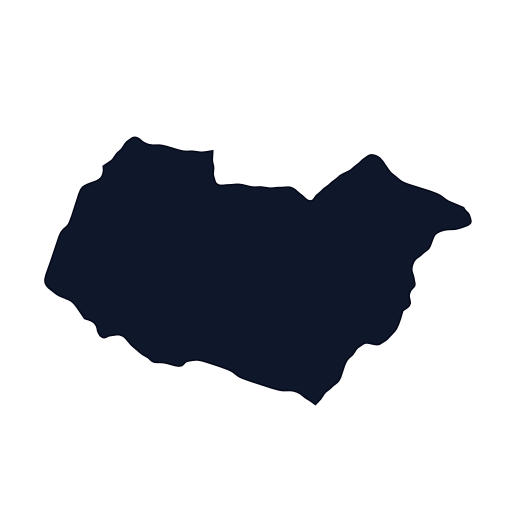 El Cercado, San Juan, Dominican Republic (Equal Earth projection), rotated 288°
{"feature_id": "3306468B41168482841480", "entity_name": "El Cercado", "entity_type": "district", "adm_level": 2, "iso_a3": "DOM", "parent_name": "Dominican Republic", "parent_adm1": "San Juan", "projection": "equal_earth", "projection_center": [-71.477, 18.706], "detail": "fine", "context": "isolated", "style": "filled", "palette": "ink", "viewbox_px": 512, "rotation_deg": 288, "n_neighbors": 0, "source": "geoboundaries", "source_scale": "gbopen_adm2", "svg_char_len": 3726}
<svg xmlns="http://www.w3.org/2000/svg" viewBox="0 0 512 512"><g transform="rotate(288 256 256)"><path d="M227.0,411.0L230.1,412.0L235.0,412.6L241.2,412.8L249.3,412.5L254.0,416.1L255.7,417.0L256.7,417.2L258.6,417.3L259.6,417.0L261.2,416.2L264.5,414.3L265.4,413.9L267.4,413.6L269.4,413.6L271.3,413.9L273.0,414.6L275.3,415.7L276.9,416.1L278.5,415.8L284.3,412.7L286.0,411.6L289.2,409.3L291.1,408.4L293.1,407.9L295.2,407.6L298.3,407.7L300.4,408.1L302.3,408.8L303.2,409.3L307.3,412.3L310.9,414.3L315.0,417.2L316.9,418.1L319.9,418.6L327.3,418.9L329.3,419.1L331.4,419.6L333.3,420.6L334.2,421.4L335.9,423.0L337.4,424.9L338.8,427.0L340.5,430.4L342.6,436.2L343.7,438.4L345.7,441.5L347.9,444.5L350.1,447.2L351.6,448.7L353.3,449.7L354.2,449.9L355.1,449.8L355.9,449.5L357.4,448.7L361.1,446.0L362.3,444.5L364.1,440.9L366.1,438.5L367.5,422.3L368.4,418.7L370.3,413.3L371.0,409.3L371.4,402.2L371.2,378.9L371.4,374.6L371.8,371.8L372.5,369.4L374.7,364.1L375.9,360.7L376.9,358.4L379.0,355.2L385.3,347.1L387.2,343.8L387.7,342.6L388.3,340.2L388.4,337.7L388.1,335.3L387.7,334.2L387.2,333.2L385.9,331.7L380.5,327.7L376.0,325.3L371.0,321.9L367.4,319.8L365.6,318.3L360.7,313.2L358.1,310.9L354.4,308.8L349.5,305.3L345.9,303.3L340.9,299.7L337.2,297.8L332.2,294.7L327.1,293.0L326.3,292.5L325.7,291.7L325.2,290.8L325.0,289.7L324.9,288.6L325.1,287.5L325.7,285.5L327.5,281.8L329.1,277.3L331.3,272.3L331.8,269.9L331.9,267.4L331.7,266.2L331.0,264.0L329.3,259.9L327.7,255.3L325.4,250.1L324.7,247.8L323.6,241.5L323.1,239.0L321.1,233.6L320.5,231.3L320.1,228.7L319.5,220.9L318.8,217.1L318.0,214.9L316.2,210.7L314.5,206.2L312.8,202.3L312.2,200.3L312.0,199.2L312.1,198.0L312.3,196.9L312.7,195.9L313.2,195.0L314.6,193.8L319.2,190.7L321.0,189.9L326.0,188.7L327.9,188.0L332.2,185.5L334.0,184.7L342.7,182.4L339.3,175.7L337.9,172.5L337.3,170.1L336.2,163.9L335.5,161.6L333.9,157.3L333.1,153.5L332.8,149.3L332.5,136.5L332.1,132.4L331.6,129.8L329.4,123.3L328.8,119.5L328.9,117.0L329.2,114.5L329.8,112.3L331.0,109.5L331.6,107.5L331.7,105.4L331.5,104.3L331.1,103.2L330.0,101.7L324.7,97.8L321.9,96.7L316.9,95.4L315.1,94.6L310.8,92.1L308.9,91.4L305.0,90.3L303.0,89.6L301.3,88.5L294.2,82.9L290.8,84.4L287.7,85.0L284.6,84.9L282.5,84.4L281.6,84.0L279.7,82.6L277.9,80.9L272.4,73.9L269.9,71.3L268.0,69.9L266.9,69.4L264.8,68.8L260.4,68.4L237.2,68.5L230.3,68.2L228.0,67.8L225.9,67.0L221.6,64.5L219.7,63.7L217.5,63.1L214.0,62.7L189.2,62.5L173.7,62.1L169.2,62.4L166.9,63.0L165.0,64.0L163.5,65.5L161.7,68.2L158.5,76.9L157.8,79.1L157.3,81.9L156.5,91.8L155.9,94.5L155.4,95.8L154.2,98.1L152.0,101.4L143.5,112.4L143.6,116.6L143.4,119.2L142.9,121.6L141.9,123.7L139.9,126.1L138.3,127.2L135.7,128.6L134.1,130.0L132.0,132.4L131.3,134.5L131.2,135.6L131.3,136.6L131.6,137.4L132.1,138.1L134.2,140.3L134.8,141.1L138.0,147.6L138.7,149.7L138.9,150.9L138.8,153.4L138.6,154.7L137.7,157.0L132.6,165.3L128.1,176.2L127.3,178.5L125.9,185.1L124.0,189.0L123.6,191.0L123.6,192.0L124.0,194.2L125.6,199.3L126.1,201.9L126.4,204.6L126.8,212.9L127.4,216.6L128.4,218.7L129.0,219.4L130.4,220.3L133.4,221.8L134.1,222.4L135.2,224.0L137.6,228.7L138.9,231.9L139.4,234.7L139.7,237.7L139.8,242.2L139.8,253.0L139.5,263.6L139.2,266.5L138.7,269.3L136.4,275.8L135.8,278.5L135.5,282.8L135.3,290.1L135.3,311.1L135.6,318.4L135.9,321.2L136.5,323.9L138.4,329.3L139.0,331.6L139.3,334.1L139.3,336.7L138.8,340.5L136.4,346.9L134.9,353.0L133.1,358.4L140.0,361.7L145.9,363.3L147.9,364.1L152.8,367.4L156.5,369.4L160.6,372.2L162.5,373.1L164.6,373.6L166.8,373.9L180.1,374.0L184.4,374.6L187.4,375.7L191.6,378.2L193.5,378.9L198.5,380.2L200.3,381.1L205.7,385.3L206.9,386.8L207.4,387.8L207.9,389.9L208.5,395.7L208.9,397.9L209.7,399.9L210.3,400.8L214.7,404.5L217.1,406.3L227.0,411.0Z" fill="#0f172a" stroke="#020617" stroke-width="1.5"/></g></svg>